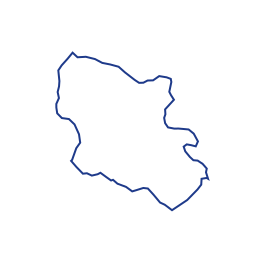 the district of Halmstad, Halland, Sweden, rotated 49°
{"feature_id": "70781695B21714207094800", "entity_name": "Halmstad", "entity_type": "district", "adm_level": 2, "iso_a3": "SWE", "parent_name": "Sweden", "parent_adm1": "Halland", "projection": "natural_earth1", "projection_center": [13.027, 56.773], "detail": "fine", "context": "isolated", "style": "outline", "palette": "blue", "viewbox_px": 256, "rotation_deg": 49, "n_neighbors": 0, "source": "geoboundaries", "source_scale": "gbopen_adm2", "svg_char_len": 1150}
<svg xmlns="http://www.w3.org/2000/svg" viewBox="0 0 256 256"><g transform="rotate(49 128 128)"><path d="M119.0,63.5L115.1,65.6L109.3,70.4L108.5,77.8L105.0,82.1L103.9,86.7L101.2,90.0L96.1,91.4L84.1,93.8L75.6,94.9L68.3,99.8L62.0,104.7L54.3,107.7L46.6,113.1L41.5,119.7L34.8,120.4L36.1,128.1L37.2,137.0L38.8,142.8L47.6,149.0L51.4,152.8L54.7,157.5L60.1,160.5L62.8,166.3L65.6,168.7L70.5,171.8L77.1,171.4L82.5,166.7L90.2,166.0L100.6,169.1L107.7,173.7L109.3,180.3L115.4,191.1L115.5,192.5L123.6,192.5L132.9,192.0L135.2,188.7L140.2,186.5L143.0,181.2L143.7,178.2L150.7,176.6L156.5,175.2L157.3,173.3L163.1,172.5L171.2,168.1L178.6,166.4L180.2,162.9L183.3,155.8L186.7,152.7L194.9,152.5L205.3,152.7L210.0,150.6L218.9,148.7L221.2,130.6L220.0,115.9L218.8,109.9L214.6,105.8L217.3,101.4L218.8,100.9L212.6,98.2L210.3,95.2L204.1,95.2L198.3,96.8L195.2,99.8L190.5,100.3L183.2,100.1L178.6,98.2L178.9,94.4L182.4,91.6L186.3,88.9L184.0,84.0L175.4,82.1L168.9,83.2L164.6,87.3L161.5,90.3L158.8,93.5L153.8,97.4L148.7,96.8L144.1,94.1L142.2,90.8L138.3,87.8L136.8,74.8L131.4,74.0L127.8,73.1L123.6,67.6L121.7,65.1L119.0,63.5Z" fill="none" stroke="#1e3a8a" stroke-width="2"/></g></svg>